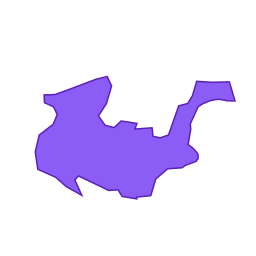 James City, Virginia, United States of America (orthographic projection), rotated 291°
{"feature_id": "52423323B62704656861756", "entity_name": "James City", "entity_type": "district", "adm_level": 2, "iso_a3": "USA", "parent_name": "United States of America", "parent_adm1": "Virginia", "projection": "orthographic", "projection_center": [-76.748, 37.317], "detail": "fine", "context": "isolated", "style": "filled", "palette": "violet", "viewbox_px": 256, "rotation_deg": 291, "n_neighbors": 0, "source": "geoboundaries", "source_scale": "gbopen_adm2", "svg_char_len": 891}
<svg xmlns="http://www.w3.org/2000/svg" viewBox="0 0 256 256"><g transform="rotate(291 128 128)"><path d="M128.8,37.8L121.7,41.0L121.1,50.8L115.3,57.1L104.6,56.8L89.6,47.6L72.4,50.0L57.1,58.6L56.1,78.0L51.1,91.5L48.6,109.0L60.5,97.0L65.5,98.9L62.8,132.3L66.7,140.9L62.0,147.0L65.0,161.7L66.5,160.7L73.0,173.5L90.4,172.2L92.0,173.1L104.1,179.6L106.5,184.7L110.3,192.8L113.6,194.8L121.2,203.5L124.7,204.4L128.3,202.9L129.7,201.2L132.5,195.9L134.1,190.1L149.4,187.0L154.1,184.7L172.9,185.8L177.1,188.8L182.5,194.4L185.7,199.2L187.6,203.1L189.0,211.1L191.6,218.2L207.4,206.1L200.8,190.1L196.2,175.4L181.1,176.6L172.2,174.9L166.9,167.4L136.0,168.3L130.4,161.6L129.2,154.3L136.8,150.4L129.5,134.8L135.5,134.7L132.1,119.1L123.5,115.0L122.3,105.6L128.7,96.1L143.2,99.1L161.4,97.6L168.6,90.1L162.1,80.7L143.0,59.3L133.1,47.9L128.8,37.8Z" fill="#8b5cf6" stroke="#5b21b6" stroke-width="1.5"/></g></svg>